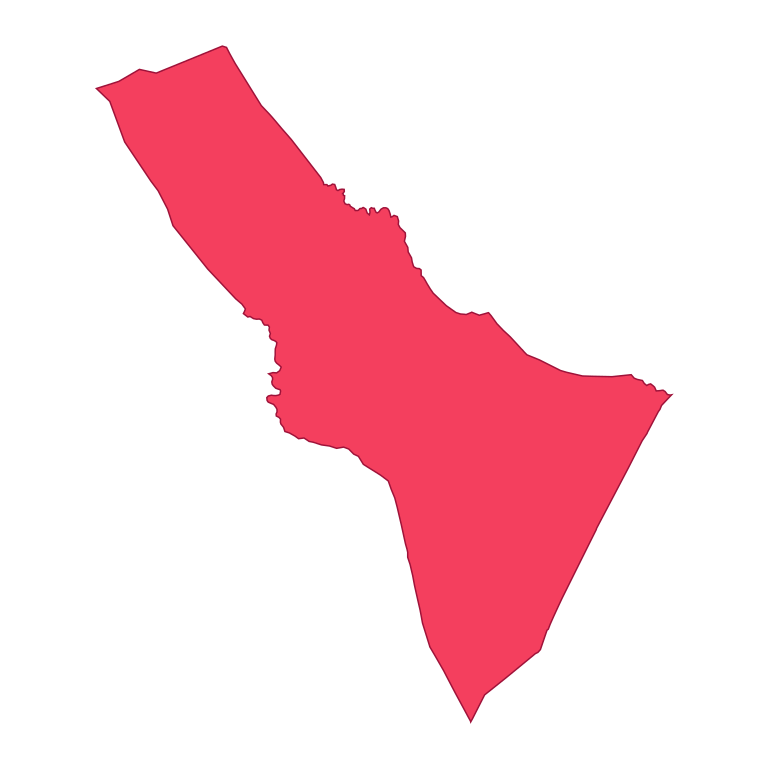 the district of Ad Dinder, Sennar, Sudan
{"feature_id": "16777658B21408858343438", "entity_name": "Ad Dinder", "entity_type": "district", "adm_level": 2, "iso_a3": "SDN", "parent_name": "Sudan", "parent_adm1": "Sennar", "projection": "robinson", "projection_center": [34.843, 12.697], "detail": "fine", "context": "isolated", "style": "filled", "palette": "rose", "viewbox_px": 768, "rotation_deg": 0, "n_neighbors": 0, "source": "geoboundaries", "source_scale": "gbopen_adm2", "svg_char_len": 5338}
<svg xmlns="http://www.w3.org/2000/svg" viewBox="0 0 768 768"><path d="M281.6,128.4L272.5,117.6L269.9,114.7L261.3,105.6L241.2,73.2L235.1,63.4L229.6,53.5L226.5,47.4L226.4,47.4L224.6,46.8L222.3,46.1L171.7,66.8L156.2,73.1L139.4,69.4L118.8,81.4L104.3,86.0L96.4,88.5L109.8,101.4L124.7,142.0L150.9,181.1L158.1,190.7L167.6,209.1L173.0,225.7L175.8,229.2L207.7,269.0L235.8,298.9L241.9,304.1L245.4,308.9L244.4,311.6L243.4,313.6L247.8,317.0L250.1,316.5L253.5,318.6L256.5,319.2L259.4,319.0L261.8,320.2L262.8,322.7L264.4,325.0L266.0,325.1L268.0,325.1L269.4,327.0L269.0,330.1L270.4,333.6L269.5,336.2L270.4,338.5L272.0,339.8L273.9,340.4L275.7,341.4L276.8,342.6L276.5,345.1L275.3,348.8L275.2,351.5L275.2,355.0L274.8,359.1L275.2,361.2L276.6,363.1L279.6,365.5L281.2,367.1L279.7,370.7L276.6,372.9L273.0,372.6L268.7,373.8L271.2,375.6L272.5,377.5L272.6,379.3L271.8,381.9L272.2,384.2L273.3,385.8L275.7,388.2L278.1,389.1L280.0,389.6L280.6,391.0L280.0,394.3L278.5,395.1L275.8,395.6L273.3,395.5L271.3,395.2L268.3,396.0L266.8,397.6L267.1,400.5L268.2,402.1L270.9,403.3L273.6,404.4L276.0,407.4L277.0,409.4L277.0,412.0L276.1,414.0L276.3,416.0L279.0,417.4L280.5,419.1L280.4,422.2L280.9,424.0L283.6,427.4L284.9,431.5L289.6,433.0L290.0,433.3L291.8,434.3L295.0,436.1L298.6,438.7L304.0,438.0L308.8,441.2L309.0,441.4L313.1,442.2L321.5,444.9L329.5,446.0L336.6,448.3L340.3,447.7L343.6,447.1L348.7,449.0L353.7,454.1L358.4,456.3L363.4,464.4L380.5,475.1L388.3,481.0L391.3,489.5L394.8,498.0L397.2,507.2L400.5,521.3L401.2,524.2L405.5,543.9L407.0,549.2L407.7,552.3L407.7,557.3L410.1,564.5L411.4,570.1L412.7,575.6L414.5,585.3L414.8,586.7L417.8,600.1L420.1,610.1L421.2,615.9L422.5,623.1L429.5,645.6L429.8,646.8L434.8,655.3L443.6,670.6L446.5,676.2L455.4,693.2L465.4,711.7L468.3,717.1L470.4,720.9L470.5,721.1L470.6,721.5L470.7,721.9L472.4,718.9L484.6,694.9L507.1,676.9L535.4,653.6L537.9,652.4L540.4,649.6L547.0,630.2L548.3,629.2L550.1,624.4L553.7,616.3L558.9,605.0L562.2,598.0L578.7,564.8L588.6,544.9L596.2,529.7L596.6,528.3L628.4,467.8L642.2,440.7L647.0,433.5L647.5,432.2L655.6,416.8L658.3,411.7L660.0,409.3L661.5,405.5L667.9,398.7L669.6,396.9L671.6,394.8L670.0,395.1L669.7,395.0L667.9,394.6L667.7,394.5L667.4,394.5L667.3,394.3L667.2,394.2L666.8,393.8L666.6,393.5L666.0,392.7L665.6,392.2L665.4,391.9L665.3,391.7L665.2,391.6L664.8,391.3L664.6,391.2L663.8,390.7L663.6,390.5L663.4,390.4L663.1,390.2L662.8,390.2L662.2,390.3L661.9,390.3L660.8,390.5L659.3,390.7L659.2,390.7L658.9,390.7L658.6,390.8L658.4,390.8L658.1,390.8L657.4,390.8L656.6,390.9L656.2,390.9L656.0,390.4L654.6,387.2L653.0,385.7L650.8,384.0L650.7,383.9L649.0,384.3L648.4,384.5L646.8,385.5L644.3,383.5L642.4,380.5L637.2,379.4L634.2,378.2L631.2,374.7L612.0,376.7L592.5,376.3L582.6,376.0L566.6,372.3L560.5,370.5L539.4,359.9L526.9,354.8L524.0,351.8L522.2,349.7L521.6,349.2L516.6,343.7L510.3,336.9L503.3,330.4L497.4,324.2L497.1,324.0L495.4,321.6L491.1,315.7L489.9,314.3L488.9,313.1L488.7,312.9L488.5,312.7L488.2,312.7L487.9,312.8L487.6,312.9L487.2,313.0L484.5,313.8L484.1,313.9L483.3,314.1L481.5,314.6L480.0,315.0L479.6,315.2L479.3,315.3L479.1,315.2L478.8,315.1L478.7,315.0L478.0,314.7L475.9,313.9L475.4,313.7L475.2,313.6L473.9,313.1L473.4,312.9L472.7,312.6L472.0,312.3L471.8,312.2L471.2,312.5L466.3,314.5L465.0,314.4L464.6,314.3L460.5,314.0L457.1,312.9L455.9,312.5L446.3,305.7L433.2,293.2L430.1,288.7L428.6,286.2L427.0,283.6L425.3,280.5L423.9,278.2L423.7,277.8L423.6,277.6L423.4,277.4L423.2,277.3L423.1,277.2L422.6,276.8L422.3,276.5L422.1,276.4L421.7,276.1L421.3,275.8L421.2,275.6L421.1,270.0L419.4,268.6L416.6,268.4L413.8,266.8L413.2,265.3L412.2,262.0L411.5,257.8L408.2,252.0L407.8,247.4L405.4,243.1L404.4,241.3L405.5,236.3L405.3,232.9L402.6,230.2L400.0,227.7L398.3,224.5L398.6,221.0L397.3,216.6L394.0,215.4L392.2,216.7L390.9,217.1L390.2,214.1L389.0,210.5L387.7,208.6L385.9,207.8L383.4,207.8L381.0,209.2L378.8,212.0L377.2,212.9L376.1,212.4L374.9,210.0L374.3,208.3L372.8,208.3L371.3,207.7L369.7,209.1L370.0,212.3L369.4,214.9L369.2,214.8L367.4,213.1L367.2,213.0L367.1,212.9L367.0,212.5L366.6,211.4L366.3,210.6L366.3,210.4L365.9,209.3L365.9,209.2L365.5,208.9L364.2,208.0L364.0,207.9L363.8,207.8L363.5,207.7L363.4,207.6L363.2,207.5L362.9,207.6L362.6,207.8L362.3,208.0L362.2,208.1L361.9,208.3L361.6,208.4L361.5,208.5L361.4,208.5L361.2,208.5L360.7,208.5L360.4,208.5L360.2,208.5L359.9,208.6L359.7,208.8L359.5,209.0L359.1,209.5L358.9,209.7L358.8,209.8L358.6,210.0L358.4,210.2L358.3,210.3L358.2,210.3L357.7,210.5L357.3,210.5L356.9,210.5L356.6,210.5L355.4,210.5L355.2,210.5L354.9,209.9L354.3,208.7L353.2,208.1L353.0,207.9L352.7,207.8L352.6,207.7L351.8,207.2L351.4,206.9L350.3,206.3L349.9,205.1L349.7,204.9L348.8,204.3L347.1,204.6L345.1,203.8L344.5,202.6L343.9,201.3L343.8,201.0L344.5,198.7L344.6,195.7L344.2,195.6L343.7,195.5L343.5,195.4L343.4,195.1L343.4,194.9L343.0,193.4L342.9,193.4L344.3,191.6L344.3,190.8L344.2,190.5L344.2,190.3L344.2,190.1L344.2,189.4L343.3,189.3L342.8,189.2L342.7,189.2L342.4,189.2L342.2,189.2L341.8,189.2L341.1,189.3L340.9,189.4L340.4,189.4L340.0,189.5L339.8,189.5L339.7,189.5L339.4,189.7L338.9,190.0L338.7,190.1L338.3,190.4L338.0,190.5L337.8,190.5L337.0,190.0L336.4,189.7L336.2,188.8L335.7,187.1L335.3,186.1L334.7,184.5L332.4,184.1L330.8,185.3L328.7,185.8L327.9,186.0L327.8,185.8L326.9,184.6L323.7,184.6L323.4,182.5L320.8,177.6L291.3,139.5L281.6,128.4Z" fill="#f43f5e" stroke="#9f1239" stroke-width="1.5"/></svg>